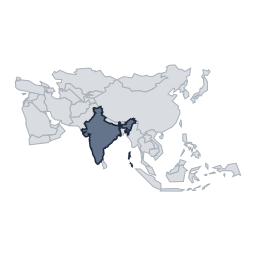 where India sits in Asia
{"feature_id": "IND", "entity_name": "India", "entity_type": "country or territory", "adm_level": 0, "iso_a3": "IND", "parent_name": "Asia", "parent_adm1": "", "projection": "albers", "projection_center": [83.514, 21.122], "detail": "fine", "context": "in_parent", "style": "filled", "palette": "slate", "viewbox_px": 256, "rotation_deg": 0, "n_neighbors": 45, "source": "natural_earth", "source_scale": "50m", "svg_char_len": 17575}
<svg xmlns="http://www.w3.org/2000/svg" viewBox="0 0 256 256"><path d="M116.5,79.8L114.0,81.2L113.0,83.9L109.9,83.3L108.7,86.7L104.6,87.8L106.0,91.2L105.0,92.8L95.1,90.6L93.8,92.0L90.0,91.4L85.5,95.0L82.4,93.7L81.7,90.0L79.9,88.4L75.2,88.3L70.1,83.5L65.8,83.9L64.6,91.0L61.9,88.5L59.1,89.0L59.5,87.1L56.6,82.9L61.3,82.6L61.8,79.6L55.5,79.2L52.2,74.6L54.7,71.3L56.0,72.7L60.0,70.2L67.2,73.5L75.9,74.6L76.4,73.8L74.1,72.3L77.0,70.9L76.1,69.5L76.9,69.1L88.6,68.1L91.3,68.7L91.6,70.4L95.2,70.8L95.0,71.8L100.3,70.3L105.0,76.8L110.2,76.5L116.5,79.8Z" fill="#d9dde1" stroke="#a8b0b8" stroke-width="1"/><path d="M64.6,91.0L65.8,83.9L70.1,83.5L75.2,88.3L79.9,88.4L81.7,90.0L82.4,93.7L84.8,95.0L89.6,92.2L88.6,93.6L92.9,95.2L90.6,96.5L88.7,96.2L88.9,94.7L86.6,95.0L85.1,97.3L83.7,97.1L84.6,100.0L83.4,102.0L69.4,88.9L66.5,91.3L64.6,91.0Z" fill="#d9dde1" stroke="#a8b0b8" stroke-width="1"/><path d="M236.2,163.4L240.6,175.2L238.2,174.4L232.8,176.6L234.4,173.8L231.5,170.9L221.3,170.6L220.1,172.1L217.3,170.3L220.5,168.1L217.4,169.0L213.0,167.7L220.3,165.2L222.4,168.6L225.0,169.0L228.1,164.5L236.2,163.4ZM205.1,186.0L204.5,188.6L202.4,189.3L203.1,187.3L205.1,186.0ZM224.4,176.4L223.8,175.1L224.2,173.5L225.1,174.8L224.4,176.4ZM183.8,164.7L183.0,166.8L187.5,170.6L185.1,171.4L183.4,181.5L169.9,181.8L166.1,175.7L167.1,172.3L169.3,174.4L176.3,172.3L178.0,171.5L179.5,165.3L183.8,164.7ZM208.8,174.0L214.2,171.9L215.4,173.0L208.8,174.0ZM206.8,175.4L205.2,175.5L204.5,174.8L206.7,174.1L206.8,175.4ZM205.8,163.3L208.0,164.9L207.9,169.2L205.4,165.9L205.8,163.3ZM191.4,168.9L200.6,166.4L197.9,169.5L190.4,171.3L190.4,172.9L192.8,174.1L197.6,171.3L194.2,174.8L199.4,180.4L197.4,180.8L198.0,179.0L195.4,179.9L193.4,176.5L192.1,177.4L193.5,182.3L192.1,182.9L188.7,177.9L189.7,171.7L191.4,168.9ZM196.2,190.3L191.9,190.5L193.9,189.6L196.2,190.3ZM193.8,188.6L198.3,186.9L200.1,185.7L200.1,186.8L193.8,188.6ZM188.9,188.3L191.9,188.8L186.7,190.6L188.9,188.3ZM161.5,188.9L176.6,188.5L184.1,189.9L181.6,191.1L160.2,191.0L161.5,188.9ZM154.4,179.6L160.9,183.5L161.0,188.9L158.5,189.3L153.3,186.7L135.5,168.9L140.2,169.0L147.6,174.7L151.8,175.7L155.0,177.9L154.4,179.6Z" fill="#d9dde1" stroke="#a8b0b8" stroke-width="1"/><path d="M205.6,186.8L207.1,184.6L210.2,183.7L205.6,186.8Z" fill="#d9dde1" stroke="#a8b0b8" stroke-width="1"/><path d="M27.1,98.9L24.8,101.2L23.3,105.9L23.2,102.1L25.8,98.9L27.1,98.9Z" fill="#d9dde1" stroke="#a8b0b8" stroke-width="1"/><path d="M29.0,97.4L25.9,98.9L29.0,96.6L29.0,97.4Z" fill="#d9dde1" stroke="#a8b0b8" stroke-width="1"/><path d="M26.1,100.5L24.4,102.2L25.6,100.0L26.1,100.5Z" fill="#d9dde1" stroke="#a8b0b8" stroke-width="1"/><path d="M26.1,100.5L32.2,100.1L32.2,102.8L28.1,103.0L29.2,105.5L25.1,107.2L23.3,105.9L26.1,100.5Z" fill="#d9dde1" stroke="#a8b0b8" stroke-width="1"/><path d="M50.5,124.3L54.9,125.5L59.7,122.9L56.2,129.2L50.7,127.1L50.5,124.3Z" fill="#d9dde1" stroke="#a8b0b8" stroke-width="1"/><path d="M49.2,123.0L49.4,121.5L50.7,120.3L50.9,122.3L49.2,123.0Z" fill="#d9dde1" stroke="#a8b0b8" stroke-width="1"/><path d="M45.3,110.6L46.6,114.2L43.5,112.3L45.3,110.6Z" fill="#d9dde1" stroke="#a8b0b8" stroke-width="1"/><path d="M32.2,102.8L32.2,100.1L36.6,99.1L38.1,95.4L41.1,94.0L44.3,95.3L45.8,98.8L43.9,101.9L46.5,105.7L47.5,111.4L40.3,111.4L32.2,102.8Z" fill="#d9dde1" stroke="#a8b0b8" stroke-width="1"/><path d="M56.6,128.8L59.6,124.6L65.2,131.1L60.7,134.8L60.0,137.5L50.3,140.8L49.1,135.4L55.2,134.4L57.2,130.5L56.6,128.8ZM60.3,121.7L59.4,122.1L60.1,121.5L60.3,121.7Z" fill="#d9dde1" stroke="#a8b0b8" stroke-width="1"/><path d="M149.4,153.6L149.7,149.2L155.9,149.1L156.6,147.6L159.1,149.4L159.3,151.9L156.1,154.0L157.2,155.1L151.6,156.6L149.4,153.6Z" fill="#d9dde1" stroke="#a8b0b8" stroke-width="1"/><path d="M154.1,148.5L149.7,149.2L149.4,153.6L144.0,151.6L143.1,160.5L149.9,166.0L147.9,167.3L141.0,162.5L143.3,154.9L139.8,148.3L141.1,146.0L137.6,141.5L139.1,138.6L142.5,136.8L145.0,138.6L145.0,142.7L149.0,140.6L152.2,142.0L154.5,145.7L154.1,148.5Z" fill="#d9dde1" stroke="#a8b0b8" stroke-width="1"/><path d="M158.5,148.1L154.1,148.5L154.5,145.7L150.5,140.5L145.0,142.7L145.0,138.6L142.5,136.8L145.6,134.8L145.0,132.4L148.4,135.4L150.8,135.1L151.8,136.8L150.1,138.4L157.8,144.5L158.5,148.1Z" fill="#d9dde1" stroke="#a8b0b8" stroke-width="1"/><path d="M142.5,136.8L139.1,138.6L137.6,141.5L141.1,146.0L139.8,148.3L143.3,154.9L141.6,159.1L140.9,152.5L137.5,144.7L134.1,147.6L131.7,147.0L131.7,142.4L127.3,135.7L132.0,124.6L135.6,123.2L135.7,120.7L138.4,122.1L137.0,129.9L139.0,129.3L140.9,131.5L140.5,133.3L144.2,133.5L142.5,136.8Z" fill="#d9dde1" stroke="#a8b0b8" stroke-width="1"/><path d="M153.4,156.7L157.2,155.1L156.1,154.0L159.3,151.9L158.5,145.9L150.1,138.4L151.8,136.8L150.8,135.1L148.4,135.4L146.0,132.0L151.7,129.4L157.4,132.4L153.6,138.4L161.1,145.4L162.9,152.8L155.6,160.3L153.4,156.7Z" fill="#d9dde1" stroke="#a8b0b8" stroke-width="1"/><path d="M187.4,81.4L186.7,84.8L183.8,87.9L185.7,90.3L180.1,92.4L180.5,89.6L178.4,89.0L179.4,87.4L181.7,84.3L184.0,84.3L183.5,83.4L186.0,80.6L187.4,81.4Z" fill="#d9dde1" stroke="#a8b0b8" stroke-width="1"/><path d="M182.7,92.4L185.8,89.8L188.6,92.8L189.0,96.3L185.0,98.9L183.1,94.5L184.3,93.8L182.7,92.4Z" fill="#d9dde1" stroke="#a8b0b8" stroke-width="1"/><path d="M117.1,79.6L124.0,76.6L132.0,78.0L134.1,73.6L141.9,76.3L146.8,75.3L149.6,76.7L153.0,76.4L158.4,73.3L162.0,73.3L161.4,77.5L164.9,76.1L168.0,77.3L158.9,83.6L156.2,83.5L155.6,84.8L156.6,86.1L154.6,88.1L146.0,92.0L139.0,90.7L131.6,91.3L129.6,88.5L122.4,86.9L122.3,83.9L117.1,79.6Z" fill="#d9dde1" stroke="#a8b0b8" stroke-width="1"/><path d="M126.8,131.2L127.5,137.4L125.5,133.1L123.7,133.1L123.4,135.1L121.0,134.8L119.0,129.6L120.6,128.0L119.2,126.9L119.8,125.5L122.4,127.9L127.0,128.3L124.9,131.5L126.0,132.6L126.8,131.2Z" fill="#d9dde1" stroke="#a8b0b8" stroke-width="1"/><path d="M125.5,122.4L126.2,124.4L120.2,124.1L122.3,121.5L125.5,122.4Z" fill="#d9dde1" stroke="#a8b0b8" stroke-width="1"/><path d="M118.9,122.5L118.8,125.6L117.3,125.6L104.1,120.6L106.8,117.2L114.6,121.9L118.9,122.5Z" fill="#d9dde1" stroke="#a8b0b8" stroke-width="1"/><path d="M100.5,106.5L98.7,108.2L93.2,108.6L95.7,113.0L88.8,121.7L86.7,121.4L84.5,123.4L86.9,129.1L81.3,130.1L78.3,126.1L69.2,125.7L70.2,123.4L73.0,122.6L69.4,115.6L72.3,117.1L79.3,116.7L80.7,113.8L85.0,113.0L90.2,103.9L96.0,102.9L97.7,105.6L100.5,106.5Z" fill="#d9dde1" stroke="#a8b0b8" stroke-width="1"/><path d="M78.1,101.5L85.8,102.2L88.7,99.7L90.3,103.4L92.8,102.0L96.0,102.9L89.1,104.7L89.6,106.6L88.2,108.9L86.5,108.7L87.1,110.1L85.0,113.0L80.7,113.8L79.3,116.7L72.3,117.1L69.4,115.6L71.3,113.9L69.7,109.0L71.7,103.7L74.7,104.6L78.1,101.5Z" fill="#d9dde1" stroke="#a8b0b8" stroke-width="1"/><path d="M83.4,102.0L84.6,100.0L83.7,97.1L88.9,94.7L89.4,96.2L86.7,97.4L93.7,98.2L95.7,102.3L90.3,103.4L88.7,99.7L85.8,102.2L83.4,102.0Z" fill="#d9dde1" stroke="#a8b0b8" stroke-width="1"/><path d="M89.6,92.2L93.8,92.0L95.1,90.6L105.0,92.8L93.7,98.2L86.7,97.4L86.9,96.3L92.9,95.2L88.6,93.6L89.6,92.2Z" fill="#d9dde1" stroke="#a8b0b8" stroke-width="1"/><path d="M59.1,89.0L61.9,88.5L63.8,90.9L66.5,91.3L69.4,88.9L81.4,100.1L81.2,101.3L80.0,100.6L73.3,104.7L71.7,103.7L71.8,101.9L65.8,97.9L59.7,98.5L60.3,95.0L58.8,92.5L59.4,90.9L62.5,91.3L61.2,88.7L59.4,90.4L59.1,89.0Z" fill="#d9dde1" stroke="#a8b0b8" stroke-width="1"/><path d="M47.5,111.4L46.5,105.7L43.9,101.9L45.8,98.8L43.8,93.5L44.3,90.6L47.4,92.7L50.9,91.8L51.9,96.2L54.4,98.2L59.5,99.0L64.6,97.5L71.8,101.9L69.7,109.0L71.3,113.9L69.4,115.6L73.0,122.6L70.2,123.4L69.2,125.7L61.8,123.2L61.4,120.5L55.0,119.7L51.9,116.8L50.3,111.6L47.5,111.4Z" fill="#d9dde1" stroke="#a8b0b8" stroke-width="1"/><path d="M26.6,99.9L29.0,97.4L28.6,94.7L30.8,92.3L40.3,94.1L38.1,95.4L36.6,99.1L28.3,101.3L26.6,99.9Z" fill="#d9dde1" stroke="#a8b0b8" stroke-width="1"/><path d="M48.0,92.8L44.0,88.8L44.3,87.1L47.4,88.4L48.0,92.8Z" fill="#d9dde1" stroke="#a8b0b8" stroke-width="1"/><path d="M44.3,95.3L30.8,92.3L29.2,94.0L29.7,92.4L27.4,91.4L18.8,89.9L15.8,87.7L15.4,81.5L21.4,80.0L28.7,80.7L35.8,85.1L43.0,85.8L45.6,90.3L44.3,90.6L44.3,95.3ZM16.9,77.1L20.0,77.8L21.1,79.7L16.1,80.3L16.9,77.1Z" fill="#d9dde1" stroke="#a8b0b8" stroke-width="1"/><path d="M106.8,165.6L106.4,167.7L103.7,168.8L102.4,164.1L103.4,160.8L106.8,165.6Z" fill="#d9dde1" stroke="#a8b0b8" stroke-width="1"/><path d="M161.3,139.1L159.3,136.9L163.2,134.7L162.8,137.8L161.3,139.1ZM93.7,98.2L106.0,91.2L104.6,87.8L108.7,86.7L109.9,83.3L113.0,83.9L114.0,81.2L117.1,79.6L122.3,83.9L122.4,86.9L129.6,88.5L131.6,91.3L139.0,90.7L146.0,92.0L152.8,89.1L156.6,86.1L155.6,84.8L156.2,83.5L158.9,83.6L164.4,78.8L167.9,78.0L164.9,76.1L160.8,76.8L162.0,73.3L165.9,72.0L167.4,68.3L166.3,67.1L169.1,65.3L174.8,64.9L178.8,69.4L181.6,69.2L184.9,71.4L190.6,68.2L189.6,75.2L186.5,76.5L187.4,81.4L186.0,80.6L183.5,83.4L184.0,84.3L181.7,84.3L178.4,89.0L173.6,92.3L174.7,88.9L173.6,88.1L167.9,94.0L172.2,96.3L173.7,94.5L176.5,94.7L177.0,95.6L172.3,101.0L178.5,106.4L177.9,108.8L179.8,110.1L179.9,113.6L176.1,122.5L171.8,127.2L162.7,131.9L162.4,134.2L161.4,134.5L160.9,132.2L155.4,132.2L154.5,130.2L151.7,129.4L145.0,132.4L145.6,134.8L140.5,133.3L140.9,131.5L139.0,129.3L137.0,129.9L138.4,122.1L136.8,120.4L133.7,120.5L133.3,118.4L126.9,122.1L122.3,121.5L120.2,123.7L120.0,122.0L114.6,121.9L101.8,114.8L102.3,109.0L97.7,105.6L93.7,98.2Z" fill="#d9dde1" stroke="#a8b0b8" stroke-width="1"/><path d="M181.0,119.7L181.6,125.0L181.2,126.9L179.3,123.9L181.0,119.7Z" fill="#d9dde1" stroke="#a8b0b8" stroke-width="1"/><path d="M49.2,86.8L51.2,88.6L52.7,87.7L55.0,91.3L53.7,91.2L51.7,94.6L50.9,91.8L48.0,92.8L47.0,90.2L46.6,87.4L49.0,88.3L49.2,86.8ZM47.4,92.7L46.3,92.2L45.6,90.3L47.0,91.1L47.4,92.7Z" fill="#d9dde1" stroke="#a8b0b8" stroke-width="1"/><path d="M39.6,81.1L48.0,85.2L49.3,88.1L41.2,85.4L41.6,83.3L39.6,81.1Z" fill="#d9dde1" stroke="#a8b0b8" stroke-width="1"/><path d="M187.0,146.8L184.5,144.7L187.1,144.9L187.0,146.8ZM192.0,152.5L191.0,148.7L192.1,149.8L193.1,147.4L192.0,152.5ZM196.5,149.7L200.2,154.2L200.0,156.3L198.7,154.4L198.0,155.7L198.7,158.1L196.0,157.6L193.9,154.5L190.8,156.7L193.2,152.9L197.1,151.2L196.5,149.7ZM184.6,150.9L180.5,156.5L183.9,149.4L184.6,150.9ZM186.1,133.9L186.9,142.3L191.5,142.3L192.4,144.8L189.6,143.3L184.9,143.7L185.3,142.2L182.8,140.9L182.8,134.1L186.1,133.9ZM189.3,150.1L188.4,147.2L191.0,147.2L189.3,150.1ZM195.4,144.8L196.6,146.9L194.9,146.8L195.1,149.3L192.8,144.6L195.4,144.8Z" fill="#d9dde1" stroke="#a8b0b8" stroke-width="1"/><path d="M145.5,166.0L151.8,167.2L155.6,175.4L149.1,173.2L145.5,166.0ZM183.8,164.7L179.5,165.3L178.0,171.5L169.3,174.4L167.7,173.6L167.1,172.3L170.4,172.1L170.5,170.3L173.9,168.9L175.9,165.5L178.4,165.5L180.2,159.6L185.9,161.6L183.8,164.7Z" fill="#d9dde1" stroke="#a8b0b8" stroke-width="1"/><path d="M178.1,163.2L178.4,165.5L177.0,166.4L175.9,165.5L178.1,163.2Z" fill="#d9dde1" stroke="#a8b0b8" stroke-width="1"/><path d="M207.3,81.4L207.5,90.1L202.9,93.0L201.2,96.0L199.3,94.2L192.9,97.8L195.1,98.7L195.0,102.4L193.0,103.1L192.9,101.2L190.6,99.7L194.7,93.9L199.7,92.0L200.2,88.0L201.7,88.5L204.0,84.7L203.4,78.6L204.9,77.6L207.3,81.4ZM208.1,71.0L208.8,69.8L210.0,71.7L207.3,75.4L204.4,75.1L204.3,77.4L202.5,78.1L201.7,76.3L203.5,73.9L202.9,69.7L208.1,71.0ZM195.5,97.9L197.5,95.3L199.3,95.9L197.1,99.0L195.5,97.9Z" fill="#d9dde1" stroke="#a8b0b8" stroke-width="1"/><path d="M49.1,135.4L50.3,140.8L48.0,142.6L29.5,144.8L29.1,139.1L31.9,134.6L38.5,137.6L43.4,135.1L49.1,135.4Z" fill="#d9dde1" stroke="#a8b0b8" stroke-width="1"/><path d="M23.2,106.2L28.1,106.3L29.2,105.5L28.1,103.0L32.2,102.8L40.3,111.4L45.1,112.9L48.9,118.7L50.7,127.1L56.6,128.8L57.2,130.5L55.2,134.4L43.4,135.1L38.5,137.6L31.9,134.6L30.1,136.9L25.9,124.9L26.1,119.6L21.9,108.7L23.2,106.2Z" fill="#d9dde1" stroke="#a8b0b8" stroke-width="1"/><path d="M26.5,93.5L23.2,94.8L22.3,93.4L26.5,93.5Z" fill="#d9dde1" stroke="#a8b0b8" stroke-width="1"/><path d="M81.4,129.7L81.8,129.6L82.4,129.6L82.5,129.0L82.6,128.9L82.7,129.0L84.1,129.1L84.5,129.4L84.9,129.3L85.1,129.2L85.8,128.9L86.0,129.2L86.2,129.4L86.9,129.1L86.8,128.7L86.9,128.4L86.3,126.8L86.4,126.3L85.6,126.2L85.4,125.7L85.6,124.5L84.4,123.9L84.5,123.1L85.3,122.4L85.8,121.6L86.3,121.3L86.7,121.5L86.8,121.9L87.0,122.0L89.0,121.6L89.2,121.2L89.5,120.9L90.0,120.0L91.0,119.5L91.7,118.5L92.0,117.7L92.8,117.4L93.1,117.1L93.0,116.7L93.9,115.8L94.4,115.5L94.2,115.2L94.4,114.6L94.3,114.1L94.4,113.9L95.8,113.1L95.6,112.8L94.7,112.5L94.7,111.9L94.1,111.9L94.1,111.4L93.5,110.9L93.8,110.3L93.6,109.8L94.1,109.4L93.5,109.1L93.6,108.8L93.3,108.5L93.6,107.9L94.3,107.7L96.7,108.4L97.3,108.1L98.3,108.0L99.0,107.5L99.1,107.2L100.4,106.5L100.9,106.5L100.8,107.0L101.3,108.4L101.9,108.6L102.4,109.0L102.0,109.6L102.1,110.7L102.6,111.4L102.6,111.6L102.7,111.8L102.7,112.8L102.2,113.1L101.8,112.5L101.3,112.7L101.4,113.3L101.8,113.9L101.8,114.3L101.9,114.6L101.8,114.9L101.8,115.2L102.2,115.2L102.3,115.0L102.5,115.1L103.2,115.9L103.7,116.0L104.3,116.4L104.4,116.9L105.3,117.2L105.9,117.7L105.6,117.8L104.7,118.6L104.5,119.3L104.4,119.7L104.1,120.2L104.1,120.5L104.7,121.0L105.0,120.9L107.3,122.6L107.6,122.5L108.4,123.0L108.8,123.0L108.9,123.3L110.0,123.7L110.3,123.5L111.0,123.6L111.5,123.4L112.4,123.8L112.6,124.4L113.4,124.7L113.6,125.0L114.2,124.8L114.4,124.9L114.6,125.3L115.0,125.2L116.3,125.6L116.9,125.3L117.0,125.6L117.4,125.7L117.6,125.6L118.5,125.5L119.0,124.9L118.7,124.0L118.9,122.7L118.8,122.4L119.7,122.0L120.1,122.2L120.2,122.4L120.1,123.2L120.3,123.6L120.1,123.9L120.3,124.4L120.8,124.7L121.2,124.6L122.0,124.9L122.7,124.7L123.1,124.4L123.8,124.6L124.8,124.5L125.1,124.4L125.5,124.5L126.1,124.3L126.3,124.2L126.1,123.8L126.2,123.4L126.0,123.1L125.6,123.1L125.3,122.9L125.3,122.5L126.0,122.5L126.2,122.3L127.0,122.1L127.3,121.9L127.2,121.7L127.3,121.5L127.9,121.1L128.2,120.5L129.1,120.2L129.5,119.9L129.6,119.7L130.6,118.9L130.9,119.1L132.1,119.3L132.3,119.0L133.2,118.4L133.6,118.8L133.8,118.8L133.4,119.1L133.4,119.5L134.0,119.2L134.3,119.7L133.8,120.5L134.0,120.6L134.4,120.4L134.7,120.6L135.2,120.5L135.7,120.8L135.8,121.4L135.0,122.2L135.5,123.1L135.2,123.1L134.8,122.7L133.8,123.0L132.0,124.5L131.8,125.1L132.0,125.7L131.8,126.4L131.1,127.3L131.1,127.5L131.4,127.9L130.7,129.5L130.5,130.4L129.6,130.2L129.3,130.3L128.9,130.1L129.2,130.9L129.1,132.1L129.0,132.3L128.8,132.3L128.6,133.0L128.8,134.0L128.6,134.1L128.4,134.6L128.0,134.3L127.8,134.6L127.5,133.1L127.3,132.6L126.9,131.0L126.3,131.1L126.4,131.5L126.1,131.9L126.1,132.4L125.8,132.6L125.6,132.5L125.5,132.1L125.3,132.2L125.3,132.4L125.2,132.4L124.9,131.4L125.0,130.6L125.2,130.3L126.2,130.0L126.3,129.6L126.6,129.5L126.8,128.5L127.2,128.5L127.2,128.3L126.4,127.9L123.4,128.1L122.2,127.8L122.2,126.5L121.9,125.9L121.7,126.0L121.7,126.3L121.3,126.4L121.0,126.2L120.6,125.5L120.6,125.9L120.3,125.9L120.0,125.8L119.9,125.5L119.4,125.2L119.4,125.4L119.6,125.6L119.0,126.3L118.9,126.7L119.7,127.4L120.2,127.5L120.6,128.0L120.3,128.2L119.7,128.1L119.4,128.8L119.1,128.7L118.9,129.4L119.1,129.7L120.2,130.1L120.2,130.7L120.0,131.4L120.3,131.9L120.3,132.2L120.7,132.4L120.6,132.7L121.0,134.3L121.0,135.0L120.8,135.0L121.0,135.6L120.8,135.6L120.7,135.4L120.5,135.8L120.3,135.5L120.4,134.9L120.2,134.7L120.1,135.6L119.9,135.7L119.6,135.4L119.5,135.7L119.3,135.7L119.1,135.6L119.4,134.6L119.0,134.4L118.9,134.2L118.9,134.4L119.3,134.7L118.9,135.3L118.4,135.7L117.3,136.1L116.8,136.6L116.8,136.9L117.1,137.8L116.7,138.6L116.2,138.9L116.0,139.3L115.7,139.2L115.8,139.3L115.7,139.5L114.4,140.0L114.3,139.9L114.3,139.5L113.8,139.8L113.6,140.2L114.0,140.0L112.8,141.2L111.6,143.0L110.7,143.4L109.8,144.4L108.1,145.5L107.9,145.8L108.1,146.2L107.9,146.6L106.9,147.1L105.9,147.1L105.3,148.3L105.0,148.3L104.9,148.1L104.7,148.0L103.9,148.4L103.5,149.2L103.4,149.7L103.7,151.0L103.5,151.5L103.9,153.1L103.6,152.6L103.4,152.8L103.9,153.3L103.7,154.7L102.9,156.2L102.7,157.1L102.7,157.3L102.5,157.6L102.8,157.9L102.8,159.7L102.1,159.7L101.7,159.8L101.6,160.3L100.9,161.2L100.8,161.5L101.0,161.7L101.8,162.0L100.9,161.9L99.8,162.2L99.3,162.6L99.0,163.6L97.8,164.2L96.9,163.7L95.8,162.4L95.4,161.3L95.3,160.3L95.5,160.5L95.5,161.1L95.5,160.3L95.2,159.9L95.2,159.7L94.4,157.2L94.0,156.5L93.4,155.7L92.9,154.6L92.6,153.5L92.5,152.3L92.0,150.5L91.2,149.2L90.9,148.5L91.2,148.5L90.9,148.1L91.0,148.0L90.7,147.8L90.1,146.2L89.9,143.7L89.5,141.5L89.8,140.7L89.5,140.8L89.4,140.6L89.5,140.1L89.8,140.2L89.5,140.0L89.5,139.7L89.4,139.5L89.3,139.0L89.8,137.2L89.7,136.3L89.5,136.1L89.4,135.7L89.6,135.5L89.4,135.5L90.4,135.0L89.3,135.0L89.4,134.6L89.7,134.4L89.3,134.4L89.4,134.0L89.9,133.9L88.7,133.7L88.9,133.9L88.9,134.1L88.4,134.7L88.7,134.9L88.7,135.3L88.2,136.1L86.2,136.8L85.7,136.8L85.2,136.5L84.4,135.7L82.9,133.9L82.6,133.2L82.8,132.9L83.2,133.3L84.9,132.8L85.6,131.9L85.3,132.0L84.9,132.0L84.0,132.3L83.2,132.1L82.1,131.2L81.8,130.4L82.5,129.9L81.4,130.3L81.4,129.7ZM129.3,156.7L129.2,156.7L128.9,156.0L129.1,155.3L129.4,155.2L129.2,154.6L129.4,152.9L129.5,152.6L129.8,152.4L129.8,152.7L129.7,152.9L129.8,153.1L129.5,153.7L129.7,153.9L129.7,154.6L129.5,154.8L129.6,155.2L129.3,155.7L129.4,156.0L129.3,156.7ZM132.4,166.0L132.2,166.5L131.8,166.0L131.9,165.6L132.1,165.5L132.4,166.0ZM129.0,158.8L128.7,158.8L128.6,158.4L129.0,158.1L129.1,158.5L129.0,158.8ZM131.3,164.2L131.1,164.2L131.3,164.2ZM131.4,163.9L131.3,163.5L131.4,163.9ZM131.9,165.3L131.8,165.5L131.7,165.4L131.9,165.2L131.9,165.3ZM129.8,161.6L129.6,161.7L129.8,161.6ZM129.3,157.0L129.1,157.0L129.2,156.8L129.3,156.9L129.3,157.0ZM129.9,155.6L130.0,155.9L129.7,155.7L129.9,155.6ZM130.5,163.3L130.7,163.6L130.4,163.5L130.5,163.3ZM129.2,153.7L129.1,154.1L129.1,153.7L129.2,153.7Z" fill="#64748b" stroke="#1e293b" stroke-width="1.5"/></svg>